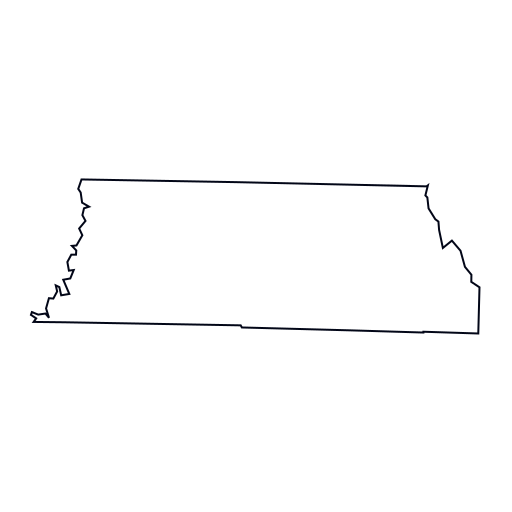 Carbon, Utah, United States of America, rotated 181°
{"feature_id": "52423323B75729045949325", "entity_name": "Carbon", "entity_type": "district", "adm_level": 2, "iso_a3": "USA", "parent_name": "United States of America", "parent_adm1": "Utah", "projection": "orthographic", "projection_center": [-110.382, 39.641], "detail": "fine", "context": "isolated", "style": "outline", "palette": "ink", "viewbox_px": 512, "rotation_deg": 181, "n_neighbors": 0, "source": "geoboundaries", "source_scale": "gbopen_adm2", "svg_char_len": 856}
<svg xmlns="http://www.w3.org/2000/svg" viewBox="0 0 512 512"><g transform="rotate(181 256 256)"><path d="M159.4,183.3L87.3,182.4L87.3,183.2L32.4,182.4L32.0,228.6L40.3,233.9L40.3,241.0L46.9,248.8L51.6,264.8L60.4,274.8L69.3,267.3L73.4,285.3L74.2,293.6L77.4,295.9L84.3,306.6L85.7,317.5L87.7,319.5L85.4,329.6L86.7,328.6L276.8,329.5L431.8,329.5L434.9,320.0L432.4,316.4L430.8,306.3L423.8,302.4L428.8,300.7L430.3,293.8L427.1,288.1L433.3,280.4L430.0,273.7L435.7,263.4L440.2,262.9L435.8,258.4L436.0,254.2L440.7,254.1L444.5,246.7L442.8,238.1L438.0,238.8L441.3,230.3L448.3,228.9L442.0,214.8L450.1,213.3L452.1,221.5L455.7,223.1L454.2,217.1L457.9,209.9L462.3,210.2L465.0,199.9L461.9,190.6L465.5,194.8L472.7,193.6L479.1,196.0L480.0,193.2L474.7,189.8L477.2,186.2L446.7,186.4L270.1,186.4L268.9,184.3L159.4,183.3Z" fill="none" stroke="#020617" stroke-width="2"/></g></svg>